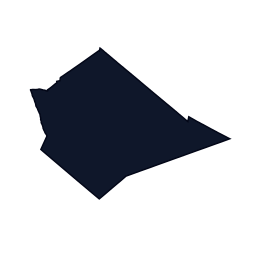 outline of Laren, Noord-Holland, Netherlands, rotated 279°
{"feature_id": "6326949B16072016096330", "entity_name": "Laren", "entity_type": "district", "adm_level": 2, "iso_a3": "NLD", "parent_name": "Netherlands", "parent_adm1": "Noord-Holland", "projection": "robinson", "projection_center": [5.227, 52.243], "detail": "fine", "context": "isolated", "style": "filled", "palette": "ink", "viewbox_px": 256, "rotation_deg": 279, "n_neighbors": 0, "source": "geoboundaries", "source_scale": "gbopen_adm2", "svg_char_len": 5498}
<svg xmlns="http://www.w3.org/2000/svg" viewBox="0 0 256 256"><g transform="rotate(279 128 128)"><path d="M148.6,186.3L146.0,186.2L145.6,186.1L144.3,186.1L143.7,186.1L143.8,185.9L143.9,185.7L144.0,185.5L144.1,185.4L144.4,184.9L144.9,184.0L145.1,183.7L145.3,183.4L145.5,183.0L145.8,182.6L146.0,182.3L146.4,181.6L146.8,180.9L147.2,180.3L147.3,180.1L147.5,179.8L147.9,179.1L148.0,178.9L148.2,178.7L148.3,178.4L148.5,178.0L148.7,177.7L149.0,177.4L149.2,176.9L149.6,176.2L150.1,175.4L150.3,175.1L150.5,174.8L150.7,174.5L150.8,174.2L151.1,173.8L151.4,173.4L151.7,172.9L151.9,172.5L152.7,171.1L152.8,171.0L152.9,170.8L153.0,170.7L153.3,170.2L153.5,169.9L153.6,169.6L154.0,169.0L154.6,168.0L154.7,167.9L154.8,167.6L155.2,167.0L155.5,166.4L155.9,165.8L156.0,165.6L156.1,165.4L156.4,165.0L157.1,163.8L157.3,163.4L157.5,163.1L157.7,162.7L158.9,160.7L159.3,160.1L159.7,159.4L159.8,159.1L160.1,158.8L160.4,158.2L160.5,158.0L160.6,157.8L160.8,157.5L161.0,157.3L161.0,157.2L161.2,156.8L161.4,156.5L161.7,156.0L161.9,155.7L162.1,155.4L162.2,155.2L162.4,154.9L162.8,154.2L163.1,153.6L163.5,153.1L163.7,152.6L164.3,151.7L164.4,151.4L165.1,150.4L165.2,150.1L165.4,149.9L165.9,148.9L166.1,148.6L166.2,148.4L166.5,148.0L166.8,147.5L166.9,147.3L167.0,147.1L167.3,146.6L167.7,146.0L168.0,145.6L168.1,145.3L168.2,145.1L168.6,144.4L168.9,144.1L169.1,143.7L169.4,143.2L169.5,143.0L169.7,142.6L169.9,142.3L170.0,142.1L170.5,141.4L170.8,140.8L171.2,140.2L171.3,140.0L171.4,139.8L171.5,139.6L171.8,139.1L171.9,138.9L172.1,138.7L172.2,138.4L172.4,138.1L172.7,137.7L173.0,137.1L173.6,136.2L173.8,135.8L174.1,135.3L174.3,135.0L174.3,134.9L174.6,134.5L174.7,134.3L175.6,132.8L175.7,132.7L175.8,132.4L176.0,132.2L176.2,131.9L176.4,131.6L177.0,130.5L177.2,130.2L177.5,129.8L177.7,129.4L177.8,129.1L178.3,128.4L178.5,128.1L178.6,127.8L179.1,127.1L179.6,126.2L180.0,125.5L180.4,124.9L180.7,124.4L180.9,124.0L181.1,123.7L181.3,123.3L181.7,122.8L182.4,121.5L183.1,120.3L183.3,120.0L183.8,119.2L184.2,118.4L184.4,118.1L184.7,117.7L184.9,117.3L185.2,116.7L185.6,116.1L186.1,115.3L186.2,115.1L187.2,113.5L187.3,113.4L187.4,113.2L187.6,112.8L187.6,112.7L188.1,111.9L188.3,111.6L188.4,111.3L188.7,110.8L189.1,110.3L189.2,110.0L189.4,109.7L189.5,109.5L189.7,109.2L190.2,108.4L190.3,108.2L190.6,107.6L190.9,107.1L191.0,107.0L191.1,106.9L191.2,106.7L191.4,106.4L191.6,106.1L191.8,105.8L192.0,105.5L192.1,105.2L192.3,104.9L192.5,104.7L192.7,104.2L192.8,104.0L193.1,103.6L193.3,103.3L193.8,102.4L193.9,102.2L194.2,101.8L194.4,101.5L194.6,101.1L195.1,100.3L195.1,100.2L195.4,99.8L196.0,98.8L197.1,97.0L197.1,96.9L197.3,96.7L197.4,96.4L197.9,95.6L198.1,95.3L198.3,95.0L198.6,94.6L198.7,94.3L199.1,93.6L199.3,93.2L200.5,91.4L200.7,91.1L201.2,90.2L201.3,89.9L201.5,89.7L201.7,89.4L201.9,89.0L202.0,88.8L202.1,88.6L202.3,88.4L202.4,88.1L202.5,87.9L202.4,87.9L201.7,87.8L199.6,87.6L199.8,87.2L198.9,86.2L198.0,85.3L194.2,81.4L189.1,76.2L188.2,75.3L184.4,71.4L183.8,70.8L179.5,66.3L177.6,64.3L176.3,63.0L175.7,62.4L175.5,62.2L173.8,60.3L169.1,55.4L168.8,55.0L168.2,54.4L167.3,53.4L166.8,53.3L164.8,53.4L164.1,53.4L163.3,51.3L162.9,50.3L162.6,50.4L161.4,50.7L160.6,49.6L156.7,46.2L154.9,44.5L153.6,43.1L153.0,42.5L152.3,43.0L151.9,42.6L151.7,42.4L151.7,42.1L151.9,41.6L152.0,41.2L152.1,40.8L152.1,40.6L152.2,40.4L152.3,40.2L152.3,39.7L152.3,39.2L152.2,39.1L152.2,38.9L152.2,38.6L152.2,38.4L152.3,38.1L152.3,37.8L152.4,37.5L152.4,37.1L152.5,36.8L152.5,36.2L152.5,35.9L152.6,35.5L152.6,35.1L152.6,34.7L152.6,34.4L152.5,34.2L152.5,33.9L152.4,33.8L152.3,33.5L152.1,33.0L152.0,32.9L151.9,32.6L151.8,32.1L151.6,31.2L151.5,30.9L151.5,30.7L151.4,30.3L151.4,30.1L151.4,29.8L151.3,29.4L151.3,29.2L151.3,28.8L151.2,28.5L151.1,28.1L151.1,27.6L151.0,27.3L150.8,26.8L150.7,26.6L150.7,26.4L150.7,26.2L150.6,25.8L150.3,25.8L149.9,26.1L148.8,26.7L147.4,27.5L147.0,27.7L146.6,27.9L145.4,28.3L145.2,28.4L144.6,28.7L144.2,29.0L143.7,29.4L143.2,29.8L142.2,30.5L141.7,30.8L141.4,30.9L141.0,31.1L139.9,31.6L139.3,31.9L139.2,32.0L138.8,32.2L138.2,32.6L137.8,32.8L137.5,32.9L136.8,33.2L136.6,33.2L134.9,33.9L134.4,34.4L133.8,34.9L133.1,35.5L132.1,36.0L131.5,36.4L131.1,36.6L130.3,37.2L128.7,38.2L128.2,38.6L127.9,38.9L127.7,38.9L127.4,39.0L126.8,39.2L126.2,39.4L126.0,39.5L125.8,39.5L125.4,39.7L124.9,39.9L124.6,40.0L124.3,40.2L123.8,40.3L123.5,40.3L123.0,40.4L122.7,40.4L122.6,40.5L122.3,40.6L122.1,40.7L121.9,40.8L121.7,40.9L121.4,41.1L121.0,41.3L120.7,41.3L120.3,41.4L120.0,41.4L119.7,41.5L119.2,41.8L118.9,41.9L118.6,42.2L118.3,42.4L118.1,42.6L117.0,43.2L115.8,43.8L115.5,43.9L114.8,44.1L114.4,44.2L113.9,44.5L113.5,44.8L113.1,45.0L112.5,45.4L112.1,45.7L111.9,45.9L111.4,46.3L110.7,46.6L110.4,46.8L110.0,47.1L109.7,47.4L109.1,48.0L108.7,48.4L108.1,48.8L107.8,49.0L107.5,49.2L106.9,49.1L96.8,46.3L93.2,45.3L91.5,48.0L83.1,61.8L70.5,82.5L67.5,87.4L63.0,94.9L59.7,100.3L53.5,110.7L57.3,114.0L62.7,118.6L67.0,122.3L71.3,126.0L74.6,128.9L80.2,133.6L81.4,135.8L83.4,139.4L87.5,146.8L90.7,152.7L92.7,156.4L93.5,157.8L95.3,161.0L97.0,164.1L102.7,174.5L104.2,177.2L111.1,189.8L112.2,191.8L113.2,193.6L114.0,195.1L115.4,197.6L121.0,207.9L123.0,211.5L124.6,214.4L131.0,226.1L133.3,230.2L134.1,227.6L134.8,225.7L134.9,225.3L135.8,222.6L136.5,220.5L137.2,218.3L137.3,217.9L137.6,217.2L137.8,216.5L138.1,215.9L138.2,215.5L138.4,214.9L139.0,213.1L139.3,212.4L139.4,212.1L139.6,211.4L140.0,210.2L140.4,209.1L142.0,204.6L142.6,202.9L142.9,202.2L143.6,199.9L144.5,197.5L145.2,195.3L147.0,190.6L147.8,188.4L148.1,187.7L148.6,186.3Z" fill="#0f172a" stroke="#020617" stroke-width="1.5"/></g></svg>